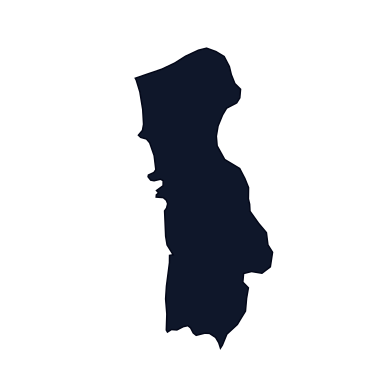 Thongchon, Kangwŏn-do, North Korea, rotated 211°
{"feature_id": "82179303B46927697528233", "entity_name": "Thongchon", "entity_type": "district", "adm_level": 2, "iso_a3": "PRK", "parent_name": "North Korea", "parent_adm1": "Kangwŏn-do", "projection": "robinson", "projection_center": [127.81, 38.946], "detail": "fine", "context": "isolated", "style": "filled", "palette": "ink", "viewbox_px": 384, "rotation_deg": 211, "n_neighbors": 0, "source": "geoboundaries", "source_scale": "gbopen_adm2", "svg_char_len": 1323}
<svg xmlns="http://www.w3.org/2000/svg" viewBox="0 0 384 384"><g transform="rotate(211 192 192)"><path d="M132.4,205.4L136.3,211.2L140.1,215.1L145.8,224.9L153.6,230.8L163.2,236.7L180.7,236.7L194.2,244.5L199.9,252.4L203.7,262.1L205.5,273.9L205.5,281.7L199.6,291.4L199.5,297.3L203.3,305.1L211.1,307.0L215.5,310.4L218.8,312.9L224.6,318.8L234.2,324.7L243.9,324.7L253.6,322.8L258.4,318.0L259.5,316.9L267.4,305.2L273.3,293.5L281.1,281.8L290.9,270.2L299.2,260.3L297.4,259.2L288.2,250.9L276.7,237.3L268.4,225.1L266.2,219.3L267.2,213.1L264.1,212.4L258.3,214.0L253.6,212.4L243.2,203.7L234.5,192.5L234.7,189.1L238.1,184.1L237.5,182.4L233.5,180.9L230.3,182.1L225.6,186.7L222.6,186.9L220.0,182.5L223.2,175.0L220.1,174.0L221.1,171.2L220.1,169.2L213.7,172.4L209.7,171.7L206.8,169.4L205.5,165.0L205.8,161.7L202.4,156.6L191.8,140.5L186.1,133.8L175.8,128.5L178.6,126.1L174.9,119.8L165.4,98.1L159.5,86.7L156.2,82.1L150.7,74.4L142.9,60.4L140.9,59.3L138.8,63.5L133.9,66.0L130.1,72.1L126.7,75.3L123.2,74.8L118.3,71.8L114.6,71.3L108.4,77.5L104.2,79.8L96.9,79.5L91.5,76.6L88.5,74.0L87.2,72.8L87.1,76.4L88.9,88.1L84.9,101.8L84.9,109.6L84.8,117.4L90.5,129.1L94.3,138.9L102.0,140.9L105.8,148.7L100.0,154.5L90.2,158.4L86.3,168.2L91.9,181.8L99.7,185.8L107.3,195.5L118.9,199.5L132.4,205.4Z" fill="#0f172a" stroke="#020617" stroke-width="1.5"/></g></svg>